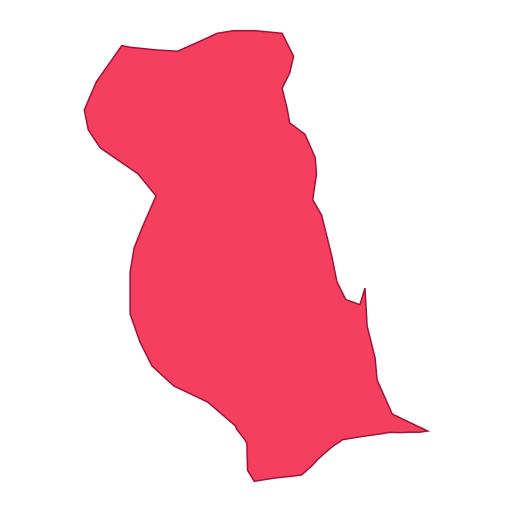 Mathiatis, Nicosia, Cyprus (orthographic projection)
{"feature_id": "46923920B42589878398501", "entity_name": "Mathiatis", "entity_type": "district", "adm_level": 2, "iso_a3": "CYP", "parent_name": "Cyprus", "parent_adm1": "Nicosia", "projection": "orthographic", "projection_center": [33.347, 34.962], "detail": "fine", "context": "isolated", "style": "filled", "palette": "rose", "viewbox_px": 512, "rotation_deg": 0, "n_neighbors": 0, "source": "geoboundaries", "source_scale": "gbopen_adm2", "svg_char_len": 1076}
<svg xmlns="http://www.w3.org/2000/svg" viewBox="0 0 512 512"><path d="M392.3,414.1L377.1,380.0L375.1,358.0L367.1,326.0L365.0,288.1L359.9,304.7L345.8,299.6L336.9,281.7L331.8,256.1L321.6,215.1L312.7,199.7L316.5,174.1L315.2,157.5L305.0,134.4L289.7,122.9L287.2,108.8L282.1,88.3L289.7,73.0L293.6,56.3L282.1,33.3L255.3,30.7L233.7,30.7L217.1,33.3L200.5,41.0L177.6,51.2L155.9,49.9L130.4,47.3L121.8,45.6L96.3,81.9L84.3,109.9L88.3,129.9L100.2,147.9L138.1,173.9L156.0,195.9L142.0,228.0L134.1,248.0L130.1,272.0L130.1,314.0L140.0,342.0L152.0,366.0L167.8,380.5L173.9,386.0L207.7,402.1L219.6,412.3L235.6,426.1L236.5,429.1L240.0,433.5L244.8,439.7L246.9,443.5L247.2,457.3L247.4,464.9L247.5,470.2L254.2,481.3L257.5,480.8L266.5,479.3L277.5,477.7L292.0,476.2L297.7,475.5L301.7,474.9L311.9,465.8L318.2,459.0L324.6,453.3L328.7,449.7L334.1,445.3L339.6,441.9L342.4,439.7L348.6,438.7L360.8,436.7L381.8,433.7L382.4,433.7L384.0,433.4L389.5,432.4L399.4,432.6L401.8,432.6L405.1,432.4L409.6,432.2L419.9,432.2L427.7,431.0L409.0,422.1L392.3,414.1Z" fill="#f43f5e" stroke="#9f1239" stroke-width="1.5"/></svg>